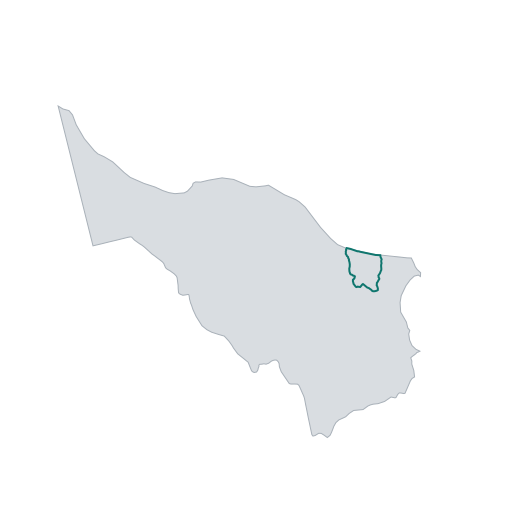 where Gharb - Chrarda - Béni Hssen sits in Morocco, rotated 76°
{"feature_id": "MAR-1448", "entity_name": "Gharb - Chrarda - Béni Hssen", "entity_type": "Region", "adm_level": 1, "iso_a3": "MAR", "parent_name": "Morocco", "parent_adm1": "", "projection": "robinson", "projection_center": [-5.873, 34.557], "detail": "fine", "context": "in_parent", "style": "outline", "palette": "teal", "viewbox_px": 512, "rotation_deg": 76, "n_neighbors": 0, "source": "natural_earth", "source_scale": "10m", "svg_char_len": 3581}
<svg xmlns="http://www.w3.org/2000/svg" viewBox="0 0 512 512"><g transform="rotate(76 256 256)"><path d="M66.6,407.8L69.7,402.3L74.7,399.9L85.2,398.7L100.7,394.2L114.7,387.4L118.7,384.7L123.0,379.3L130.1,372.2L143.2,363.7L149.3,359.0L158.5,347.1L164.7,337.2L169.8,330.9L173.4,325.3L175.9,319.6L177.4,310.4L176.5,306.8L172.7,301.0L170.2,299.4L169.5,296.7L170.9,291.8L171.0,283.4L172.0,270.0L176.3,259.2L186.9,245.1L188.9,239.3L190.2,230.0L190.3,226.8L203.4,213.7L211.1,203.6L213.7,201.1L220.4,196.5L243.8,186.5L257.0,179.4L264.7,174.1L269.3,168.0L282.0,143.7L294.4,109.7L295.5,105.8L301.0,104.6L304.9,104.1L308.1,102.9L312.0,100.3L315.7,101.4L313.8,103.1L313.8,107.3L316.5,112.2L321.1,117.7L329.6,124.7L336.1,127.5L345.5,129.2L356.4,126.1L362.5,126.1L365.4,124.8L368.6,126.7L374.8,127.3L380.7,126.3L385.2,123.4L388.0,120.0L388.4,121.6L388.6,123.4L389.5,124.5L391.3,128.8L392.2,130.5L395.6,130.2L398.6,131.0L405.3,130.6L411.7,131.4L412.6,134.2L414.5,136.4L421.2,141.5L425.2,144.6L425.3,145.7L424.1,148.3L423.5,150.1L424.6,152.0L427.1,154.3L427.3,155.4L426.7,156.6L425.5,159.1L428.2,166.3L428.8,173.3L428.1,178.3L428.2,181.2L428.6,183.6L430.9,189.3L429.5,198.6L431.3,203.7L433.7,207.9L435.1,215.3L437.0,218.8L440.2,221.8L441.9,222.9L445.4,225.4L447.9,227.5L449.4,230.7L446.3,233.3L443.9,235.6L443.2,238.1L444.5,242.1L444.5,244.3L442.9,245.0L436.5,244.8L431.5,244.6L425.7,244.4L417.6,244.0L412.6,243.8L405.7,243.4L403.3,243.6L397.0,244.7L392.6,245.5L391.8,245.7L390.4,246.7L389.5,249.7L388.7,253.1L387.8,254.6L374.4,259.5L369.1,260.1L366.1,259.6L364.0,260.0L362.1,261.1L361.5,262.7L361.4,264.7L361.8,266.7L363.1,269.6L363.4,272.4L362.5,274.4L362.4,276.4L362.0,278.6L362.7,279.7L364.0,279.9L365.3,280.9L367.1,281.8L368.7,283.5L368.6,286.0L367.4,287.4L366.2,288.1L361.2,288.8L357.2,289.3L352.0,293.2L346.5,297.4L339.9,300.1L337.1,300.9L332.0,302.9L326.0,306.2L323.0,311.4L319.2,317.5L315.6,321.5L310.6,325.3L306.0,326.8L300.2,328.7L292.9,330.1L287.7,330.5L286.2,330.8L281.6,330.9L279.4,330.6L277.7,330.5L277.0,330.9L276.8,331.9L276.7,334.0L276.4,336.5L274.9,338.6L273.9,339.6L272.7,340.0L268.9,339.4L265.7,338.7L258.0,337.8L256.5,338.1L255.9,338.3L253.5,339.7L249.8,342.8L247.3,345.4L245.5,346.6L241.0,347.3L239.1,348.2L230.8,354.8L229.0,356.4L220.4,362.1L218.0,364.0L216.1,365.9L211.0,370.2L207.7,372.0L207.1,373.1L206.9,375.7L206.9,381.4L206.9,386.9L206.8,394.9L206.8,402.8L206.7,411.7L62.6,411.7L66.6,407.8Z" fill="#d9dde1" stroke="#a8b0b8" stroke-width="1"/><path d="M270.3,166.1L272.1,162.4L275.5,157.2L275.9,156.6L276.4,155.1L277.1,153.9L283.9,139.8L285.3,135.2L287.3,135.4L288.9,135.0L289.6,134.9L290.4,135.4L291.2,135.7L292.1,135.9L293.3,135.9L294.4,136.5L295.8,137.0L298.8,137.5L300.0,137.9L300.8,138.6L302.6,139.8L304.6,142.0L305.5,142.0L306.1,142.2L307.6,141.8L308.4,142.1L309.1,143.0L310.4,144.1L311.3,145.2L312.6,145.6L313.5,146.0L314.9,145.7L317.0,145.6L318.5,146.0L318.9,147.2L318.9,149.2L318.7,150.3L318.3,151.3L317.7,151.9L316.7,152.3L316.1,152.9L314.4,154.3L313.5,155.7L309.8,158.4L309.1,159.0L309.3,159.6L309.5,160.0L309.8,160.3L311.3,162.4L310.3,164.9L310.5,165.6L310.4,166.2L309.8,166.7L306.6,168.1L305.5,168.0L304.2,168.1L303.2,167.9L302.4,167.6L302.2,166.8L301.6,166.3L301.2,165.7L299.7,165.0L299.4,165.4L298.8,165.8L298.4,166.7L297.4,167.4L296.7,168.6L295.7,169.0L295.0,168.9L294.0,169.1L292.6,168.9L290.9,168.6L288.9,167.6L286.7,167.0L284.4,166.8L282.8,166.9L281.7,166.6L280.6,167.0L279.3,166.9L277.9,167.8L276.6,168.0L275.6,168.4L274.6,168.0L273.3,167.8L272.2,167.1L271.4,167.0L270.3,166.1L270.3,166.1Z" fill="none" stroke="#0f766e" stroke-width="2"/></g></svg>